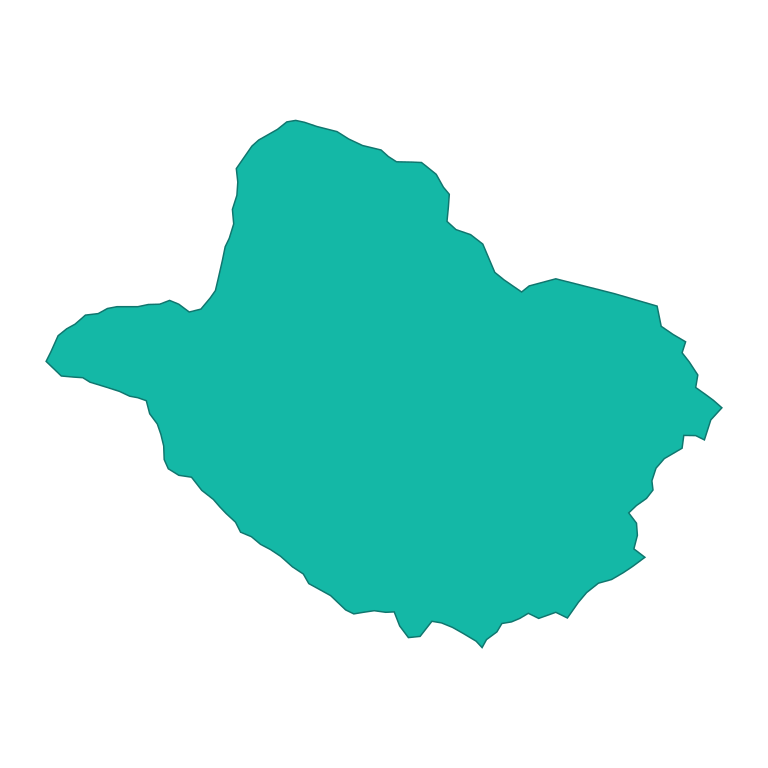 outline of Piraquara, Paraná, Brazil
{"feature_id": "56859067B90549461682461", "entity_name": "Piraquara", "entity_type": "district", "adm_level": 2, "iso_a3": "BRA", "parent_name": "Brazil", "parent_adm1": "Paraná", "projection": "mercator", "projection_center": [-49.059, -25.469], "detail": "fine", "context": "isolated", "style": "filled", "palette": "teal", "viewbox_px": 768, "rotation_deg": 0, "n_neighbors": 0, "source": "geoboundaries", "source_scale": "gbopen_adm2", "svg_char_len": 1897}
<svg xmlns="http://www.w3.org/2000/svg" viewBox="0 0 768 768"><path d="M657.1,306.1L614.2,293.6L555.8,278.8L529.2,285.9L521.6,292.0L504.2,280.0L494.8,272.4L482.8,244.1L470.7,234.7L456.0,229.6L447.0,221.4L448.4,206.9L449.3,194.3L443.4,187.2L436.2,174.3L428.4,168.0L421.5,162.5L411.9,162.1L396.5,161.8L388.3,156.5L381.1,150.0L371.2,147.6L362.5,145.5L348.7,139.0L337.0,131.6L316.9,126.5L304.5,122.3L295.7,120.4L286.8,121.9L277.4,129.4L258.7,140.0L251.9,146.1L236.3,168.6L237.8,182.1L236.9,195.3L232.4,209.4L233.7,223.9L229.3,238.2L225.2,246.7L222.3,260.8L218.3,278.3L215.4,290.6L210.1,298.1L200.9,309.1L189.2,312.0L178.8,304.2L169.6,300.4L159.6,304.2L148.3,304.5L137.8,306.7L126.5,306.7L116.9,306.7L107.4,308.5L98.2,313.6L85.4,315.1L75.0,324.2L66.8,328.7L58.1,335.7L50.9,351.8L46.1,361.4L61.3,376.0L73.7,377.1L82.8,377.7L90.0,382.2L105.1,386.8L119.2,391.3L129.7,396.2L137.8,397.7L146.3,400.7L149.7,413.8L157.3,424.0L160.9,434.4L163.7,446.0L164.2,459.6L168.3,468.8L178.8,475.3L191.5,477.2L201.8,490.4L213.3,499.4L220.0,507.1L226.1,513.5L235.5,522.2L240.6,532.2L251.4,536.7L260.6,544.4L270.0,549.3L280.6,556.3L292.5,566.9L303.3,574.0L308.8,583.6L330.6,595.6L345.6,609.9L353.8,613.9L363.4,612.3L374.2,610.7L385.7,612.3L394.2,611.9L399.7,626.0L408.4,637.6L420.1,636.4L431.9,621.3L441.5,622.9L452.5,627.4L463.3,633.5L476.0,641.1L482.1,647.6L486.5,639.6L496.9,631.9L501.9,623.5L511.5,621.9L519.8,618.4L528.3,613.3L538.7,618.4L555.8,612.3L567.4,618.0L578.4,602.3L586.6,592.6L598.4,583.2L611.6,579.5L623.4,572.6L632.8,566.3L644.9,557.3L633.9,548.9L637.4,535.3L636.5,523.2L628.7,512.9L636.5,505.5L646.5,498.4L653.0,490.0L651.9,480.8L656.0,468.2L664.3,458.6L682.1,448.2L683.8,435.4L695.7,435.6L704.4,439.9L710.8,419.9L721.9,407.8L713.4,400.3L706.5,395.2L695.7,387.5L697.8,375.0L689.3,362.0L682.1,352.8L685.6,341.8L673.0,334.4L661.2,326.3L657.1,306.1Z" fill="#14b8a6" stroke="#0f766e" stroke-width="1.5"/></svg>